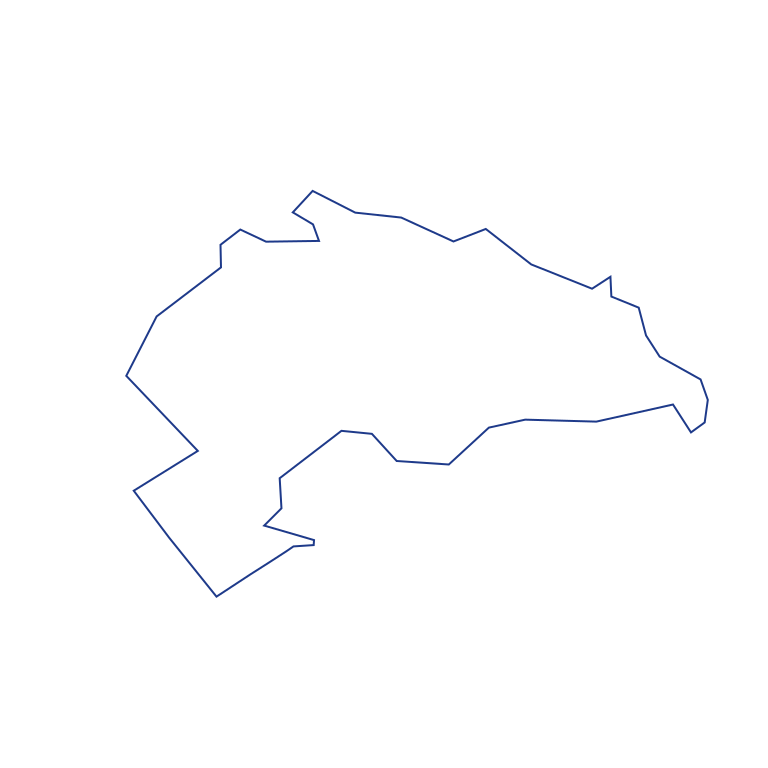 the district of Longochuk, Upper Nile, South Sudan, rotated 147°
{"feature_id": "79223893B31888405901503", "entity_name": "Longochuk", "entity_type": "district", "adm_level": 2, "iso_a3": "SSD", "parent_name": "South Sudan", "parent_adm1": "Upper Nile", "projection": "albers", "projection_center": [33.507, 9.303], "detail": "fine", "context": "isolated", "style": "outline", "palette": "blue", "viewbox_px": 768, "rotation_deg": 147, "n_neighbors": 0, "source": "geoboundaries", "source_scale": "gbopen_adm2", "svg_char_len": 730}
<svg xmlns="http://www.w3.org/2000/svg" viewBox="0 0 768 768"><g transform="rotate(147 384 384)"><path d="M652.0,430.8L647.9,372.2L640.3,296.9L599.6,297.1L575.4,296.9L556.4,296.9L548.4,297.1L530.7,287.2L527.7,291.2L561.6,330.5L537.7,335.6L522.8,361.8L445.2,367.9L421.3,348.8L415.3,312.5L373.5,281.2L319.8,290.3L285.0,277.2L226.4,236.8L152.8,209.4L152.9,176.2L136.0,177.1L121.1,194.3L116.0,215.4L137.9,256.8L137.8,282.0L128.8,309.3L145.7,333.5L135.7,350.6L157.6,350.6L195.4,404.1L214.2,458.6L248.1,465.7L278.9,514.2L314.8,543.4L338.7,584.8L367.0,577.6L356.6,556.5L360.6,539.4L405.4,567.6L420.4,591.8L445.3,589.8L457.2,570.6L537.9,564.5L595.7,531.2L576.6,429.3L652.0,430.8Z" fill="none" stroke="#1e3a8a" stroke-width="2"/></g></svg>